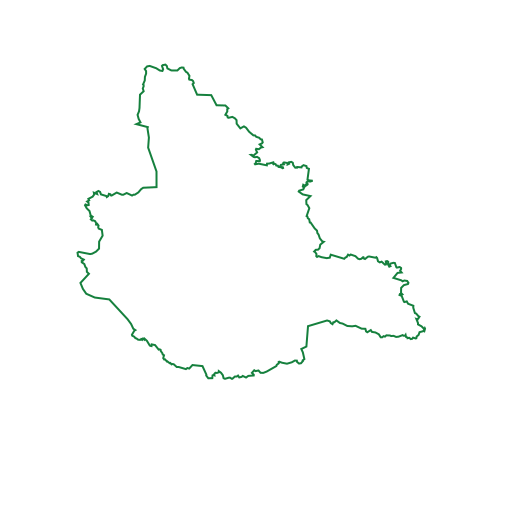 the district of Carácuaro, Michoacán, Mexico, rotated 117°
{"feature_id": "50627088B80711859528483", "entity_name": "Carácuaro", "entity_type": "district", "adm_level": 2, "iso_a3": "MEX", "parent_name": "Mexico", "parent_adm1": "Michoacán", "projection": "equal_earth", "projection_center": [-101.063, 19.0], "detail": "fine", "context": "isolated", "style": "outline", "palette": "green", "viewbox_px": 512, "rotation_deg": 117, "n_neighbors": 0, "source": "geoboundaries", "source_scale": "gbopen_adm2", "svg_char_len": 6125}
<svg xmlns="http://www.w3.org/2000/svg" viewBox="0 0 512 512"><g transform="rotate(117 256 256)"><path d="M366.7,390.1L366.2,380.8L361.3,367.0L370.6,341.8L373.3,336.4L376.5,332.3L376.8,329.9L377.7,330.5L382.5,330.8L383.2,330.1L383.2,327.8L384.0,326.1L383.7,325.2L384.1,323.1L383.3,321.1L382.6,320.8L382.5,319.7L381.8,320.1L381.5,319.1L380.8,319.1L381.2,317.6L380.3,317.7L381.1,314.7L384.0,310.0L384.0,309.3L383.7,308.2L382.1,308.8L381.2,305.5L383.6,300.2L382.9,299.5L382.9,298.4L383.9,297.7L385.2,295.2L386.1,294.4L386.2,292.9L389.1,292.3L389.9,290.8L389.4,290.2L390.4,287.5L390.1,287.4L390.7,284.2L390.2,283.8L390.9,282.1L390.3,281.7L389.8,280.2L390.9,276.2L390.0,274.5L388.6,267.1L387.0,266.3L386.6,264.4L382.0,263.1L378.4,253.7L384.2,246.4L385.1,246.1L386.6,243.0L384.7,239.5L382.1,240.5L381.0,239.7L381.1,238.9L379.8,239.6L378.4,239.1L378.0,237.8L376.5,236.3L375.5,236.8L375.9,234.2L377.3,231.4L379.6,229.4L379.5,227.9L376.7,224.9L376.2,224.0L376.4,221.7L376.1,221.3L373.0,220.1L372.1,218.4L370.7,217.7L371.8,215.8L370.2,213.9L368.9,213.4L368.8,209.7L366.3,208.4L363.5,203.8L362.8,204.1L362.0,206.6L358.6,205.7L358.8,204.2L356.9,201.8L358.0,198.9L356.8,196.4L354.1,194.0L344.8,187.9L343.5,188.1L341.3,187.0L340.1,187.7L339.6,187.3L339.3,184.4L337.9,179.5L334.4,175.8L331.5,173.9L330.7,172.1L331.7,171.4L332.3,168.8L331.1,167.2L328.2,166.5L327.8,167.0L325.9,166.1L320.6,170.5L318.3,173.4L313.8,170.0L294.9,177.8L281.2,163.4L280.7,160.6L281.8,158.9L282.0,156.9L279.9,157.0L279.5,156.1L276.9,155.1L277.6,150.8L276.9,148.2L276.9,142.9L275.0,138.4L273.0,135.6L272.8,128.9L271.2,125.5L273.2,123.7L273.4,122.2L269.9,120.1L271.0,118.2L269.9,114.9L270.0,111.0L271.8,108.0L271.2,106.7L269.5,105.9L269.3,104.5L267.5,103.8L266.0,100.5L266.0,99.3L264.7,97.2L264.5,94.4L263.2,92.4L259.9,89.4L260.1,88.5L259.4,87.0L258.4,86.9L260.0,85.6L259.9,83.9L260.4,83.6L259.3,82.2L259.8,80.4L258.8,79.2L257.4,79.0L257.0,76.3L256.5,75.8L254.8,76.3L252.5,75.3L249.6,75.7L247.1,72.9L246.3,72.8L246.5,71.9L244.0,72.4L243.7,72.8L244.4,72.8L244.4,73.9L243.5,76.6L243.4,80.6L242.2,81.2L239.5,84.3L239.5,83.3L238.6,83.6L238.2,83.0L235.9,82.8L235.9,83.9L234.6,87.1L234.7,88.5L230.7,92.4L228.9,93.2L229.5,98.8L228.0,101.1L229.6,102.7L229.6,103.4L225.4,108.1L225.6,110.4L224.7,110.5L224.4,108.8L223.7,108.2L223.1,110.0L218.5,112.2L214.8,111.0L212.0,107.9L210.7,108.0L209.6,110.0L210.5,112.7L212.0,113.9L211.7,115.4L213.1,123.6L206.8,122.2L204.6,118.8L203.7,120.9L201.7,120.8L200.8,121.3L200.6,123.0L202.4,125.2L202.3,125.8L199.2,129.1L199.7,130.5L201.8,132.8L203.4,132.8L204.0,131.6L205.0,132.4L203.6,134.5L201.1,135.6L201.0,136.9L201.9,137.9L203.6,136.6L204.6,136.4L205.2,137.2L204.0,141.5L205.5,142.8L205.3,144.9L202.8,147.2L202.4,148.3L203.3,148.8L205.1,155.1L205.9,156.0L209.2,157.5L209.3,159.1L208.4,159.5L208.4,160.0L210.8,161.0L211.8,162.2L212.1,163.8L211.0,167.3L211.7,172.3L213.1,172.9L213.0,174.6L215.9,174.8L216.6,175.6L218.4,176.1L220.9,190.0L224.0,189.5L225.8,192.0L227.3,197.1L227.7,200.2L229.1,201.2L228.8,202.2L226.8,203.0L225.7,205.0L225.6,206.2L223.4,205.6L222.2,203.6L220.2,202.9L216.7,203.9L212.6,202.1L212.9,203.5L211.3,207.1L208.4,210.1L207.8,211.6L205.7,213.2L204.8,216.2L201.4,222.5L201.7,223.3L199.1,225.3L198.8,227.0L197.5,228.1L197.5,229.0L189.2,230.2L187.2,233.2L186.9,234.6L183.4,236.6L177.9,234.7L179.9,242.3L179.2,247.2L178.2,247.2L175.2,244.1L173.3,244.2L172.9,245.8L171.1,246.2L171.3,244.0L170.0,244.1L169.6,243.5L170.0,243.1L169.1,242.6L168.5,242.6L167.9,244.3L167.2,244.4L165.9,243.5L165.0,241.4L163.2,239.7L164.5,243.0L164.6,244.8L154.3,248.4L154.5,250.7L153.0,251.9L153.5,254.9L155.5,255.9L156.4,255.7L158.0,259.7L158.6,259.5L159.5,261.1L158.1,264.1L156.2,265.6L156.1,267.3L157.6,269.2L158.7,268.3L160.1,269.4L159.3,269.7L159.0,270.6L159.9,273.5L160.4,273.9L161.0,273.9L161.7,272.8L163.5,275.2L165.1,275.3L165.4,274.3L164.7,272.4L165.3,271.8L165.7,272.1L165.6,274.0L166.4,276.4L165.6,277.5L166.2,279.0L165.3,280.2L165.4,281.6L167.0,282.4L165.7,282.3L164.7,283.1L167.8,286.4L168.7,288.1L170.3,287.5L172.5,295.5L174.7,298.4L174.5,298.8L173.7,298.4L171.2,298.9L169.8,295.7L168.8,296.0L167.4,297.6L167.2,300.1L168.5,301.8L168.8,303.1L168.2,306.4L167.8,305.8L167.8,303.9L163.2,302.0L161.3,304.4L160.4,304.5L159.5,301.9L157.1,300.8L156.1,299.6L154.9,303.4L152.9,301.8L151.7,301.6L149.5,303.6L149.9,304.9L149.2,306.8L149.7,309.9L149.0,311.5L149.7,313.1L148.4,318.6L146.2,323.1L146.0,325.6L149.4,327.9L146.9,333.3L143.8,335.0L142.9,337.3L142.8,340.2L145.3,343.2L145.4,344.1L144.1,345.1L144.1,347.4L140.2,347.2L138.3,348.3L137.0,347.7L135.8,351.6L139.6,359.6L133.0,368.9L139.0,381.7L131.7,390.5L130.1,390.0L128.7,391.5L128.3,393.0L129.1,395.5L128.5,396.2L125.7,397.1L123.8,400.3L123.7,402.0L122.0,405.4L121.1,406.1L121.7,407.7L123.2,409.2L126.4,410.3L129.1,415.7L129.1,420.1L127.2,421.7L126.6,423.6L128.3,425.8L129.3,426.1L131.8,423.5L133.6,423.4L134.4,425.9L134.0,430.1L134.9,437.0L136.5,439.1L139.9,440.1L141.1,437.9L143.4,436.7L146.8,436.3L150.1,434.8L154.4,434.5L154.4,434.0L155.6,433.2L158.2,432.9L160.2,430.9L164.9,432.6L177.0,427.0L180.2,425.9L184.0,425.6L187.1,422.8L189.4,419.6L192.8,422.4L190.3,410.9L191.5,410.7L199.1,405.2L208.4,401.3L225.9,383.0L239.8,375.9L246.4,387.5L248.6,388.7L252.8,389.7L256.4,391.8L257.0,393.0L258.4,393.9L258.6,399.8L261.7,402.1L262.3,403.3L262.7,408.9L267.7,412.1L267.9,412.9L267.1,413.8L267.4,415.3L269.7,414.9L271.2,415.7L270.5,416.5L271.5,422.1L269.7,424.0L269.6,425.9L271.5,427.2L272.9,425.7L273.2,429.2L274.6,428.1L277.3,428.5L281.2,431.3L282.2,429.9L284.1,431.2L284.5,429.5L286.5,428.2L287.4,429.3L287.5,431.3L288.4,431.4L290.4,428.4L291.5,424.8L294.9,421.7L295.2,419.3L296.0,419.5L296.3,420.6L296.9,419.4L298.3,419.8L298.8,418.0L298.1,417.1L298.0,415.1L299.5,413.1L300.6,412.8L300.4,412.1L299.5,411.9L300.4,410.1L302.0,409.7L303.0,408.6L302.7,405.2L307.5,401.9L314.4,402.3L320.7,399.2L324.7,400.5L328.3,403.0L329.6,404.7L332.8,415.8L334.1,416.5L336.9,414.5L336.7,412.6L337.5,410.8L337.4,407.8L338.8,408.1L339.6,409.0L340.7,408.4L341.1,405.3L343.2,403.1L343.9,401.2L346.9,399.5L347.7,396.8L359.7,400.2L363.9,395.3L366.7,390.1Z" fill="none" stroke="#15803d" stroke-width="2"/></g></svg>